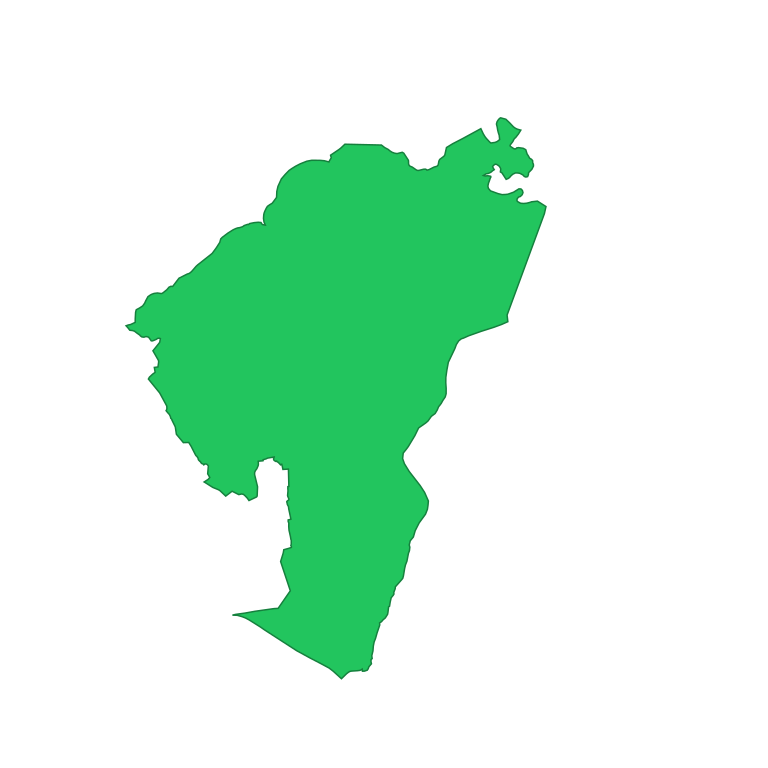 outline of 2e Arrondissement, Analamanga, Madagascar, rotated 327°
{"feature_id": "10022922B64856352127888", "entity_name": "2e Arrondissement", "entity_type": "district", "adm_level": 2, "iso_a3": "MDG", "parent_name": "Madagascar", "parent_adm1": "Analamanga", "projection": "mercator", "projection_center": [47.548, -18.933], "detail": "fine", "context": "isolated", "style": "filled", "palette": "green", "viewbox_px": 768, "rotation_deg": 327, "n_neighbors": 0, "source": "geoboundaries", "source_scale": "gbopen_adm2", "svg_char_len": 6171}
<svg xmlns="http://www.w3.org/2000/svg" viewBox="0 0 768 768"><g transform="rotate(327 384 384)"><path d="M195.4,249.7L191.0,250.5L189.1,251.5L191.0,269.3L190.0,282.1L189.8,284.2L188.6,286.3L187.5,287.3L186.7,287.7L187.1,291.1L187.4,292.7L187.1,295.0L186.5,296.6L186.8,298.2L186.5,298.7L185.6,306.3L182.5,313.1L183.8,323.9L188.4,326.7L188.3,331.2L187.3,340.9L187.4,342.2L187.7,342.9L187.6,344.1L187.7,345.0L187.3,345.6L187.1,346.7L187.4,348.5L187.7,348.8L187.6,349.3L187.8,350.1L187.6,350.3L187.8,351.4L188.6,352.4L188.8,353.7L190.3,353.5L191.5,354.5L191.9,355.4L192.1,357.0L187.2,363.3L187.0,367.5L184.7,368.2L179.8,368.2L184.1,377.5L187.5,382.4L188.3,384.0L190.2,391.8L198.2,391.2L202.0,397.7L204.7,398.7L206.0,400.0L206.6,402.0L207.2,405.2L207.3,408.2L215.4,409.3L216.1,409.2L216.8,408.6L222.0,401.3L226.1,389.6L227.2,387.9L228.2,387.1L229.3,386.5L231.2,385.8L233.9,384.0L234.8,383.1L235.9,381.3L236.4,380.3L237.1,380.6L240.7,382.5L241.0,382.3L241.1,381.8L241.5,381.7L244.5,382.6L245.9,382.7L252.1,385.4L251.4,386.1L250.6,386.5L250.2,387.6L250.4,388.7L251.2,390.1L252.0,390.2L252.1,391.2L252.5,391.8L252.9,393.5L253.2,395.5L254.5,395.6L254.0,397.3L252.7,400.6L257.5,403.3L248.4,418.1L247.5,417.7L246.4,419.3L245.3,421.3L242.4,425.0L242.1,425.8L241.6,428.6L241.0,429.3L239.1,429.4L238.3,429.8L237.9,431.0L237.3,432.5L237.1,434.8L236.1,436.8L232.3,446.7L229.6,445.8L228.7,447.2L228.4,448.8L226.5,451.6L224.7,454.9L222.5,460.8L221.3,463.6L221.0,464.7L218.9,467.9L217.9,468.7L217.9,469.7L217.3,470.6L214.8,470.0L209.7,468.4L207.4,470.9L200.6,476.6L192.8,506.4L173.0,514.5L169.5,512.5L151.9,504.3L142.6,500.4L134.1,496.4L131.0,495.3L135.0,498.1L138.3,501.9L140.4,504.8L142.3,508.2L148.0,520.5L149.9,525.2L165.5,560.1L172.9,573.8L178.8,584.2L183.3,592.4L185.0,597.3L187.8,608.0L194.8,606.6L197.2,606.4L198.9,606.5L200.4,607.1L205.8,610.1L207.7,611.0L208.9,611.3L210.4,611.2L209.5,613.1L211.3,614.2L214.1,614.9L215.5,614.3L217.4,612.9L221.1,611.8L221.8,609.9L223.2,607.9L224.5,607.9L225.8,605.2L229.4,601.8L232.3,598.0L235.2,595.0L238.4,592.7L242.6,589.0L249.2,583.8L250.2,581.9L252.4,582.0L254.6,581.3L257.7,580.9L261.6,579.1L263.0,577.6L266.5,573.4L267.6,573.4L270.4,570.3L273.6,567.2L276.7,566.2L277.9,565.6L278.8,564.0L281.9,561.8L283.0,560.3L292.4,557.7L293.9,557.2L295.8,555.5L300.8,550.0L303.5,547.4L306.7,545.1L312.3,539.3L314.6,537.6L316.8,534.9L317.5,532.7L320.6,529.8L325.3,528.3L330.3,524.0L337.9,519.6L347.9,515.8L352.2,512.7L355.0,509.5L357.5,506.3L359.0,497.0L359.0,489.0L357.5,471.1L357.7,462.0L359.0,456.7L362.5,452.4L366.5,451.1L370.3,449.7L381.8,444.1L389.1,439.7L397.8,439.4L400.7,439.0L406.1,436.9L410.8,436.6L414.5,434.8L417.4,432.8L419.1,432.3L421.5,431.4L424.3,429.9L428.3,428.2L430.8,426.0L433.7,421.6L436.5,416.6L439.5,412.1L444.2,406.7L449.8,400.8L462.7,392.9L466.2,390.3L470.2,388.5L473.5,388.2L475.7,388.8L481.4,389.7L494.3,392.8L507.1,396.3L515.0,398.1L521.8,399.2L524.8,393.2L611.3,328.5L616.5,323.4L612.3,314.2L607.1,311.6L605.1,311.1L602.2,310.1L599.5,308.7L597.0,306.8L595.3,303.6L595.5,302.3L596.6,301.2L598.6,300.5L600.5,301.0L603.0,300.5L604.8,299.2L605.5,297.0L605.1,295.0L603.4,293.8L597.1,293.7L591.3,292.3L589.1,291.2L586.2,289.5L583.3,286.4L578.5,280.0L578.1,276.8L578.9,274.6L581.1,272.4L583.3,270.8L585.0,269.4L586.4,268.6L586.6,267.9L585.5,266.8L584.2,265.7L582.2,264.7L580.9,263.3L584.1,263.3L585.8,264.1L587.6,264.5L589.5,264.6L591.1,264.3L593.2,264.3L593.2,262.4L593.5,260.8L595.0,260.3L597.0,260.2L598.1,261.2L599.2,263.8L599.3,265.8L599.0,267.3L597.1,269.5L597.9,271.2L597.9,278.9L600.2,279.3L601.8,279.2L603.7,278.6L606.3,278.2L609.3,278.6L611.5,280.2L612.8,281.5L614.3,284.2L614.7,286.4L615.7,287.7L617.4,288.3L619.1,287.1L620.4,285.5L624.9,284.5L628.1,282.6L629.0,281.0L629.2,279.5L630.3,277.6L630.1,275.9L629.1,273.9L629.3,271.8L629.3,269.0L630.5,264.7L629.1,262.1L625.4,258.9L624.6,258.7L624.2,258.3L622.7,258.5L621.8,258.2L621.0,257.2L619.5,253.7L619.4,253.1L619.6,252.6L620.5,252.1L623.9,250.9L625.4,250.1L625.6,249.8L627.5,249.1L628.4,249.1L633.0,247.5L637.0,245.6L634.7,243.0L633.5,241.1L632.6,238.8L631.6,233.3L630.4,228.3L626.8,224.3L625.5,224.2L623.7,224.7L621.7,225.6L619.9,227.2L618.9,230.1L617.7,232.8L616.7,235.7L616.1,238.1L614.1,242.0L611.1,242.3L608.8,241.9L604.9,240.1L604.4,238.6L603.6,233.9L603.4,231.7L603.5,228.2L604.3,222.6L583.6,221.0L572.5,219.9L565.2,219.7L559.8,225.0L558.4,225.6L553.0,226.0L551.5,226.9L548.7,229.8L547.7,230.1L547.0,230.2L544.0,229.3L538.5,228.7L536.5,228.1L536.5,227.5L535.9,226.5L535.0,225.9L534.1,225.4L529.4,223.8L528.2,222.9L527.8,222.3L525.8,217.4L524.4,215.4L524.2,213.7L524.8,212.2L525.5,211.2L526.3,209.7L526.3,201.2L525.5,199.6L520.5,197.9L518.6,196.2L516.9,193.9L515.9,191.6L515.3,189.6L513.4,186.2L512.0,182.2L482.1,161.8L481.8,161.6L476.3,162.6L474.0,162.8L463.8,163.0L463.6,163.4L463.2,165.1L462.7,165.7L459.8,167.1L458.8,167.8L455.5,164.2L452.2,161.6L445.2,157.0L440.6,155.1L433.6,153.7L428.5,153.2L423.9,153.1L420.7,153.2L415.4,154.4L409.6,156.1L402.7,160.5L399.0,164.1L395.5,169.0L388.8,171.5L385.8,171.4L383.0,171.5L380.9,172.5L378.1,174.2L376.5,175.4L375.3,176.6L373.1,179.5L371.6,182.8L371.0,186.1L369.0,184.2L368.7,183.1L368.8,181.6L366.7,179.9L363.1,178.0L360.1,176.8L358.5,176.2L357.3,176.5L356.5,175.8L352.8,174.9L352.5,175.1L352.0,175.1L350.4,174.9L348.0,174.2L346.3,173.4L344.3,172.9L341.5,172.5L335.4,172.4L328.3,172.9L326.1,173.4L323.4,175.8L317.4,178.5L311.0,180.9L292.7,182.6L290.4,183.0L283.8,184.9L281.0,185.2L278.8,184.6L269.7,183.6L259.9,187.1L258.5,186.0L256.3,185.7L254.8,186.2L253.0,186.7L247.5,187.2L246.4,186.8L243.6,184.3L240.5,182.8L237.9,182.2L236.5,182.1L233.6,182.2L229.2,184.6L227.4,185.8L224.1,187.1L220.2,187.1L216.8,186.8L216.5,186.9L214.7,188.6L210.9,193.8L208.9,196.8L203.9,196.1L201.6,195.2L199.4,194.7L199.8,197.1L200.1,200.5L202.2,202.2L203.5,203.8L204.5,206.7L205.8,209.9L205.9,211.0L206.6,212.7L208.2,214.0L210.0,214.5L210.9,215.1L212.1,216.6L212.3,221.0L213.0,221.6L214.3,222.0L217.2,222.5L219.1,222.5L220.4,223.1L221.2,224.1L218.7,226.8L217.5,227.3L208.3,230.3L207.7,241.2L207.3,242.3L206.8,243.0L203.7,246.6L200.4,245.0L198.5,249.4L198.2,249.6L195.4,249.7Z" fill="#22c55e" stroke="#15803d" stroke-width="1.5"/></g></svg>